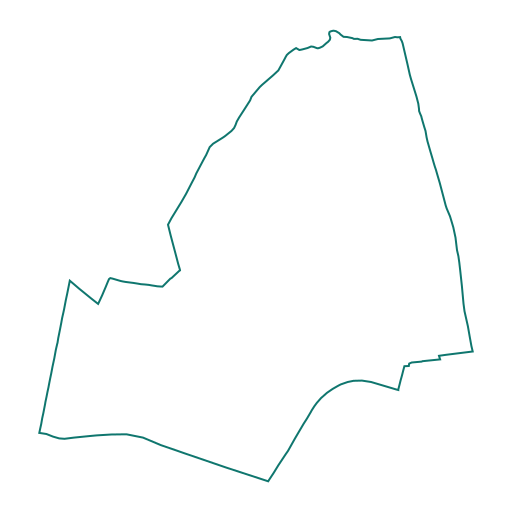 Xicohtzinco, Tlaxcala, Mexico
{"feature_id": "50627088B74142999724347", "entity_name": "Xicohtzinco", "entity_type": "district", "adm_level": 2, "iso_a3": "MEX", "parent_name": "Mexico", "parent_adm1": "Tlaxcala", "projection": "equal_earth", "projection_center": [-98.242, 19.172], "detail": "fine", "context": "isolated", "style": "outline", "palette": "teal", "viewbox_px": 512, "rotation_deg": 0, "n_neighbors": 0, "source": "geoboundaries", "source_scale": "gbopen_adm2", "svg_char_len": 3118}
<svg xmlns="http://www.w3.org/2000/svg" viewBox="0 0 512 512"><path d="M268.2,481.3L269.1,479.8L273.6,473.0L278.4,465.2L286.1,453.6L286.4,453.2L288.0,450.9L294.9,438.6L298.3,432.8L303.6,423.8L307.0,418.5L311.0,411.7L311.5,410.7L312.0,409.9L314.3,406.3L316.8,402.9L321.0,398.1L327.0,392.8L332.7,388.9L337.2,386.3L339.2,385.2L340.8,384.4L347.7,382.0L353.6,380.8L362.0,380.6L365.9,381.2L371.1,382.0L392.0,388.2L396.0,389.4L398.3,390.0L398.3,389.6L398.3,389.4L398.8,387.5L399.7,384.0L400.7,380.0L401.5,377.2L402.2,374.6L403.0,371.4L403.8,368.4L404.4,366.2L408.8,366.0L409.1,364.0L409.2,363.6L411.7,362.5L421.7,361.6L422.4,361.2L440.1,359.4L440.0,359.1L439.0,355.8L446.1,354.8L472.7,351.5L471.4,346.0L469.7,336.6L467.9,326.3L466.5,320.1L464.5,311.2L463.5,303.6L461.9,286.1L460.2,270.4L459.3,262.6L458.4,256.2L457.0,250.1L456.3,244.3L455.5,237.6L453.3,227.3L451.4,220.9L450.0,216.3L446.7,208.5L445.7,205.5L443.5,197.1L439.8,183.1L437.1,173.9L435.9,169.7L434.9,166.8L433.6,162.5L432.5,158.6L430.4,151.5L427.5,141.4L426.6,137.4L425.5,130.9L424.3,127.1L422.4,120.6L421.6,117.7L421.3,116.4L420.0,113.4L419.1,111.0L419.0,108.9L418.3,103.7L416.6,97.1L416.1,95.4L411.0,79.0L409.8,74.7L407.6,64.8L402.6,43.3L401.8,41.1L400.8,39.3L400.4,38.6L400.1,37.1L397.4,37.3L395.0,37.0L389.8,38.4L377.9,39.0L372.0,40.5L360.6,39.8L357.6,38.8L354.0,38.9L352.3,38.1L347.0,37.0L343.5,36.8L340.5,34.5L339.3,33.2L336.0,31.2L334.7,30.9L333.3,30.7L331.6,31.1L330.3,31.5L329.4,32.2L329.1,34.0L330.3,37.7L329.9,39.7L328.2,41.7L326.4,43.1L322.7,46.4L319.7,47.8L317.9,48.3L316.8,48.1L313.4,46.8L311.1,46.5L307.6,48.0L302.4,49.4L300.6,49.8L299.3,50.0L298.7,49.6L297.1,48.7L296.1,48.1L293.6,49.6L288.8,53.1L286.8,55.0L285.3,57.6L285.2,57.9L283.3,61.4L281.0,65.6L278.3,70.5L277.4,71.3L273.1,75.3L262.1,84.8L259.7,87.1L251.5,96.8L250.1,100.4L243.9,110.1L239.1,117.5L236.8,121.5L235.6,124.8L234.1,128.0L231.4,131.0L224.9,136.2L223.3,137.3L221.6,138.4L213.1,143.7L209.7,147.1L206.1,155.1L204.5,157.9L203.0,160.7L196.3,173.4L194.6,177.4L191.6,183.1L186.1,193.8L181.5,201.8L171.4,218.3L168.0,224.7L170.6,235.2L175.5,253.6L178.2,263.9L179.9,269.6L180.0,270.4L179.2,270.9L173.1,276.6L171.5,278.1L170.4,278.6L164.9,284.2L162.5,286.6L160.2,286.5L157.3,286.3L154.9,285.9L151.6,285.4L148.9,284.9L145.1,284.5L141.0,284.2L137.6,283.6L133.2,282.9L129.9,282.5L125.3,281.9L122.5,281.4L120.7,281.0L118.6,280.4L112.5,278.6L110.3,278.1L109.0,279.1L107.9,281.6L106.5,285.0L105.9,286.5L104.1,290.7L102.2,295.2L101.5,296.7L99.0,302.1L98.1,303.9L91.1,298.4L84.0,292.6L79.3,288.8L73.7,284.0L69.8,280.7L67.3,293.2L65.8,300.2L64.1,309.2L63.3,312.9L62.1,318.2L61.3,322.7L60.2,328.4L59.0,334.4L58.3,337.8L57.5,342.9L57.2,343.9L55.8,350.0L54.3,358.3L52.5,366.7L51.2,373.6L50.4,377.4L49.4,382.4L49.0,384.5L48.8,385.5L48.5,387.2L47.5,391.8L46.5,396.9L45.4,402.1L45.1,404.0L43.3,413.3L42.2,418.3L41.5,422.4L41.2,424.1L39.9,430.0L39.7,431.0L39.3,432.9L46.4,434.0L53.0,436.6L59.2,438.4L64.5,438.8L74.0,437.6L89.0,436.1L96.5,435.4L111.3,434.5L125.6,434.3L126.5,434.3L143.0,437.6L160.8,445.1L176.8,450.6L184.2,453.2L226.3,467.6L268.2,481.3Z" fill="none" stroke="#0f766e" stroke-width="2"/></svg>